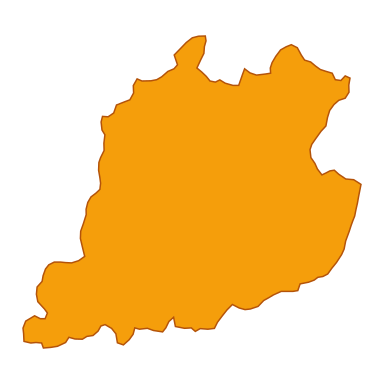 Itariri, São Paulo, Brazil (Robinson projection)
{"feature_id": "56859067B88746346825821", "entity_name": "Itariri", "entity_type": "district", "adm_level": 2, "iso_a3": "BRA", "parent_name": "Brazil", "parent_adm1": "São Paulo", "projection": "robinson", "projection_center": [-47.132, -24.286], "detail": "fine", "context": "isolated", "style": "filled", "palette": "amber", "viewbox_px": 384, "rotation_deg": 0, "n_neighbors": 0, "source": "geoboundaries", "source_scale": "gbopen_adm2", "svg_char_len": 2355}
<svg xmlns="http://www.w3.org/2000/svg" viewBox="0 0 384 384"><path d="M214.4,328.4L217.5,322.2L222.1,316.1L227.0,309.9L232.4,304.5L239.2,308.0L245.0,309.6L250.3,309.0L258.1,306.4L263.7,300.5L268.4,297.9L273.6,294.8L281.2,291.4L287.8,291.4L292.9,291.4L297.8,290.6L300.1,283.9L308.6,282.2L314.2,280.1L317.9,277.3L322.9,276.5L327.7,274.0L331.7,268.4L336.4,262.6L341.6,254.6L344.1,249.1L345.7,240.9L349.2,231.4L351.1,225.5L352.8,220.8L354.7,216.0L356.0,209.4L357.4,203.3L358.6,196.5L361.0,184.4L353.7,179.7L345.8,179.0L338.7,174.2L334.3,170.2L329.9,170.9L325.9,173.0L321.9,174.9L317.4,169.0L314.9,163.4L310.9,157.6L310.0,149.7L311.8,144.3L315.6,138.8L321.0,131.3L325.9,126.0L327.5,117.5L329.7,110.4L334.0,104.5L338.8,100.3L345.2,98.2L349.0,92.2L348.8,85.1L350.0,78.1L345.2,75.9L340.9,80.5L335.3,79.7L332.2,73.2L325.8,71.3L320.3,69.5L315.6,66.1L310.7,62.0L304.6,60.1L301.3,55.1L297.3,47.7L291.3,44.7L286.1,46.8L280.6,49.9L275.8,56.3L272.1,62.6L270.3,68.0L270.6,73.2L265.6,74.0L256.5,75.1L250.0,72.9L244.6,68.8L242.5,74.5L238.7,85.4L232.9,85.4L225.2,83.2L219.8,79.9L215.4,82.1L210.0,81.0L206.3,76.4L201.6,71.9L196.9,68.0L200.9,59.4L203.9,53.4L204.4,46.6L206.0,40.9L205.3,36.0L198.5,36.2L192.3,37.8L186.3,42.5L181.1,47.9L174.2,55.0L177.5,64.8L174.0,68.8L167.9,71.4L161.7,76.8L156.7,79.7L150.9,80.8L142.0,81.0L137.1,78.9L133.3,85.6L133.6,93.0L129.9,99.8L124.9,101.7L116.5,105.0L113.7,113.0L108.1,116.8L102.5,116.4L101.1,122.0L102.0,130.0L104.9,134.8L103.9,143.2L104.1,150.5L100.6,157.6L98.9,162.5L98.6,170.2L99.9,177.8L100.6,183.2L99.9,189.4L96.0,193.1L91.0,196.9L87.8,202.4L86.1,209.2L86.2,214.7L83.4,223.6L80.7,231.2L80.4,238.5L82.4,247.0L84.7,256.4L78.6,260.7L71.6,262.9L65.6,262.6L60.7,262.1L54.2,262.1L48.8,264.8L45.5,269.0L43.1,275.7L42.1,281.4L37.1,287.0L36.4,294.2L37.8,301.7L44.5,309.0L47.4,313.0L45.1,318.7L40.3,318.7L34.6,315.8L25.7,321.1L23.0,328.1L23.6,333.6L24.0,341.4L30.8,343.0L36.0,342.5L41.6,343.0L43.4,348.0L50.7,347.4L57.5,346.3L65.6,342.5L68.9,337.3L75.0,339.0L82.4,339.2L86.9,336.4L93.0,335.5L98.0,331.2L100.9,326.0L105.1,324.6L111.6,328.4L115.9,333.8L117.4,342.8L123.4,344.9L129.2,339.7L133.1,334.3L134.8,327.9L139.5,329.2L147.4,328.3L153.5,330.5L162.6,331.9L165.8,327.9L168.9,321.5L173.6,317.3L175.4,326.5L184.5,328.3L191.3,327.9L195.3,331.4L200.2,328.6L207.8,329.2L214.4,328.4Z" fill="#f59e0b" stroke="#b45309" stroke-width="1.5"/></svg>